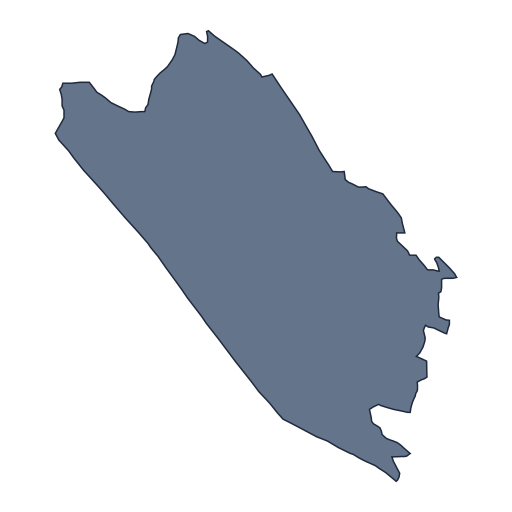 the district of Al-Sulaymaniyah, As-Sulaymaniyah, Iraq
{"feature_id": "34846034B55719256527363", "entity_name": "Al-Sulaymaniyah", "entity_type": "district", "adm_level": 2, "iso_a3": "IRQ", "parent_name": "Iraq", "parent_adm1": "As-Sulaymaniyah", "projection": "robinson", "projection_center": [45.485, 35.442], "detail": "fine", "context": "isolated", "style": "filled", "palette": "slate", "viewbox_px": 512, "rotation_deg": 0, "n_neighbors": 0, "source": "geoboundaries", "source_scale": "gbopen_adm2", "svg_char_len": 3422}
<svg xmlns="http://www.w3.org/2000/svg" viewBox="0 0 512 512"><path d="M456.7,277.4L456.0,276.3L454.6,273.7L449.3,267.8L438.8,257.3L436.3,257.3L435.0,258.5L434.6,258.9L435.0,259.8L435.6,261.0L436.7,262.7L438.5,267.8L438.9,269.8L439.2,271.1L438.9,271.1L438.1,271.1L433.2,269.9L427.9,269.9L427.2,269.4L424.4,265.7L419.2,259.8L416.0,255.2L409.7,255.2L407.6,251.0L405.5,248.9L397.4,241.3L396.5,238.2L396.4,237.9L396.5,236.8L396.7,232.9L400.2,232.9L404.5,232.9L404.8,232.9L404.5,231.6L402.3,223.2L401.3,217.8L397.4,212.3L390.4,203.9L385.2,197.0L382.7,193.8L377.4,192.1L372.9,190.4L368.7,188.8L365.9,186.7L362.4,187.1L358.5,187.1L351.9,183.7L348.7,182.4L345.2,179.5L344.9,176.6L344.2,171.5L340.0,171.9L332.6,171.5L328.8,165.2L323.9,157.7L319.3,150.5L311.9,136.2L306.3,126.5L299.7,114.8L292.4,104.1L290.2,100.9L281.8,88.7L272.1,74.0L269.3,75.3L261.9,77.0L260.5,74.4L253.5,68.1L246.9,60.6L238.5,53.0L232.2,48.4L214.7,36.2L208.4,30.7L206.6,31.6L207.6,36.4L207.6,42.0L204.8,43.5L198.9,40.2L194.6,36.4L187.9,33.5L180.4,34.5L178.4,37.8L178.0,42.0L176.8,47.3L174.9,54.8L172.1,60.0L167.4,66.7L163.8,70.0L160.3,72.8L157.5,75.7L155.9,77.5L154.3,79.4L153.9,81.3L151.6,86.1L151.6,88.9L150.4,93.6L148.8,99.3L148.0,104.5L145.6,107.8L144.8,111.6L141.3,111.6L135.0,112.1L128.7,111.6L125.2,109.5L123.9,108.8L117.6,105.9L110.9,102.6L105.4,97.9L101.5,95.1L96.8,92.2L94.8,89.4L89.3,82.3L79.8,82.3L72.0,83.2L62.9,83.2L61.7,87.0L59.7,89.4L61.3,94.6L62.1,99.3L62.1,105.9L64.0,110.2L64.0,114.5L64.0,117.8L62.0,121.6L59.3,126.3L57.7,129.1L55.3,133.4L58.8,140.0L68.7,150.9L73.8,158.0L83.6,170.3L97.0,185.0L104.1,193.0L113.2,203.9L125.0,217.6L138.8,232.8L148.2,243.7L150.6,247.4L155.3,253.1L158.1,256.4L158.9,257.6L165.6,267.3L174.6,279.6L182.1,290.0L187.6,298.1L201.4,316.1L206.2,323.2L218.4,338.8L235.8,362.0L250.8,380.9L259.0,391.8L269.7,403.2L277.2,412.6L283.1,419.2L292.6,424.0L316.7,436.8L327.4,441.0L338.4,447.6L349.6,453.1L350.5,453.5L353.3,454.4L358.6,457.7L361.8,459.4L366.0,461.5L375.4,465.7L379.0,468.3L385.6,472.5L395.7,480.9L396.2,481.3L397.6,480.0L399.0,477.1L399.5,474.3L399.7,473.3L399.5,472.9L397.9,469.9L393.3,461.1L392.4,458.2L391.9,456.9L392.4,456.9L402.5,456.5L404.6,456.5L406.7,456.1L409.3,454.1L410.2,453.5L409.3,452.8L403.9,448.1L400.7,445.1L397.2,442.6L393.0,440.9L390.5,440.1L386.3,438.4L382.1,434.6L381.4,431.3L380.0,427.9L377.5,426.2L373.3,423.7L371.6,421.2L371.2,417.4L369.7,410.6L369.5,409.4L369.7,409.2L373.3,406.9L378.6,404.4L381.0,405.6L387.7,407.7L393.7,409.4L402.1,411.1L407.7,412.4L410.2,412.4L410.9,407.7L412.3,402.7L414.0,398.5L415.1,396.4L415.8,393.4L417.2,390.9L417.5,389.2L417.5,387.9L417.5,386.4L417.5,385.0L417.3,383.3L417.2,382.1L417.3,382.0L421.0,380.0L424.5,378.7L426.9,377.1L427.0,377.0L426.9,375.7L426.6,361.1L423.8,359.8L417.3,356.8L416.4,356.5L417.3,355.5L419.9,352.7L423.1,346.8L424.8,341.3L425.1,338.9L425.2,338.0L425.1,337.5L424.1,333.3L423.6,331.5L423.4,330.8L423.6,330.1L424.1,328.3L425.5,325.3L428.3,327.0L433.6,327.9L444.1,332.9L446.6,333.8L448.3,327.5L448.8,326.2L449.4,324.5L449.4,323.2L449.4,321.6L449.4,320.3L445.9,319.9L439.2,316.9L438.8,313.6L438.2,305.5L438.1,304.8L438.2,304.1L438.8,297.8L438.8,297.2L438.8,296.5L438.6,294.3L438.5,293.0L438.6,292.9L439.5,292.6L440.9,291.7L441.6,287.9L441.6,286.6L441.6,284.6L441.6,283.3L441.6,282.0L441.6,280.9L441.6,279.5L442.7,278.7L445.1,278.3L449.7,278.3L452.8,278.3L456.0,277.6L456.7,277.4Z" fill="#64748b" stroke="#1e293b" stroke-width="1.5"/></svg>